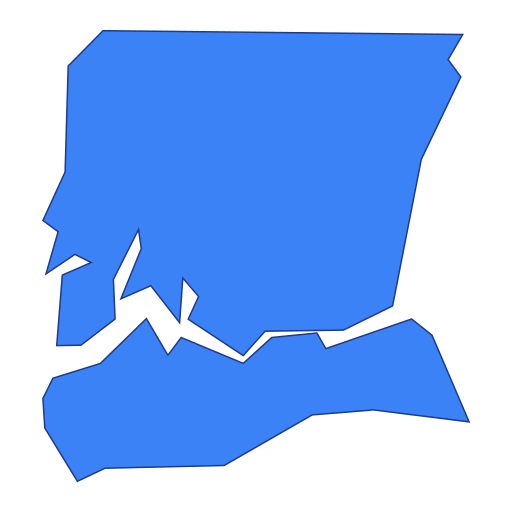 the border of Ziguinchor
{"feature_id": "SEN-775", "entity_name": "Ziguinchor", "entity_type": "Region", "adm_level": 1, "iso_a3": "SEN", "parent_name": "Senegal", "parent_adm1": "", "projection": "natural_earth1", "projection_center": [-16.415, 12.748], "detail": "coarse", "context": "isolated", "style": "filled", "palette": "blue", "viewbox_px": 512, "rotation_deg": 0, "n_neighbors": 0, "source": "natural_earth", "source_scale": "10m", "svg_char_len": 713}
<svg xmlns="http://www.w3.org/2000/svg" viewBox="0 0 512 512"><path d="M103.0,30.7L462.7,34.5L448.1,59.6L460.8,76.9L421.3,159.4L392.6,305.9L343.4,330.1L265.1,331.2L243.2,355.6L188.2,319.2L198.6,296.5L182.8,278.0L179.6,322.7L150.8,285.7L120.9,298.8L141.3,248.6L138.5,229.5L113.4,279.4L115.1,319.0L80.9,345.2L56.7,345.6L62.3,275.1L91.1,262.5L74.9,254.4L46.0,273.9L58.1,231.7L42.9,220.5L65.1,172.0L68.2,66.0L103.0,30.7ZM469.1,421.9L373.3,409.9L312.2,414.9L224.1,465.5L105.0,468.2L77.4,481.3L44.8,428.0L42.9,398.5L52.9,378.2L100.4,363.4L146.4,318.6L167.9,355.2L181.2,337.5L243.2,363.4L271.7,337.5L316.9,333.0L325.8,348.6L411.6,319.0L432.0,335.2L469.1,421.9Z" fill="#3b82f6" stroke="#1e3a8a" stroke-width="1.5"/></svg>